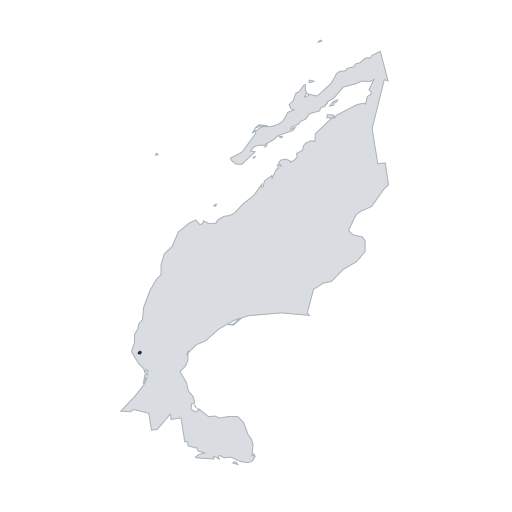 Santa María Ozolotepec, Oaxaca, Mexico (highlighted), rotated 81°
{"feature_id": "50627088B11851722089063", "entity_name": "Santa María Ozolotepec", "entity_type": "district", "adm_level": 2, "iso_a3": "MEX", "parent_name": "Mexico", "parent_adm1": "Oaxaca", "projection": "equal_earth", "projection_center": [-96.359, 16.098], "detail": "fine", "context": "in_parent", "style": "filled", "palette": "slate", "viewbox_px": 512, "rotation_deg": 81, "n_neighbors": 0, "source": "geoboundaries", "source_scale": "gbopen_adm2", "svg_char_len": 4249}
<svg xmlns="http://www.w3.org/2000/svg" viewBox="0 0 512 512"><g transform="rotate(81 256 256)"><path d="M73.3,101.2L103.6,98.2L101.9,101.7L148.3,121.4L183.9,121.3L184.3,113.8L206.4,114.0L210.0,119.3L225.0,133.9L228.4,146.2L231.1,150.9L245.4,160.6L250.1,157.0L253.8,147.9L258.3,145.9L268.7,147.5L277.3,157.6L282.9,172.1L292.9,185.4L293.4,193.8L297.8,204.3L320.1,214.2L323.0,212.6L316.2,239.8L313.8,272.6L314.8,279.7L320.7,289.2L319.4,294.3L319.7,289.1L314.9,281.1L316.4,288.5L322.3,304.1L331.9,319.0L334.1,328.3L340.8,337.8L338.9,337.6L342.8,339.9L341.6,338.5L348.7,339.7L353.8,343.0L358.3,349.2L370.2,344.5L379.0,343.8L384.9,340.1L391.0,339.4L392.3,340.8L391.8,342.7L396.9,344.0L400.3,341.0L399.3,336.1L397.7,337.3L398.1,336.3L407.2,328.1L407.7,321.5L410.3,317.6L410.3,306.9L411.9,298.9L418.8,294.2L431.1,291.8L436.4,289.1L442.4,288.5L452.4,291.2L453.2,289.5L450.6,289.4L453.9,288.2L458.0,291.7L458.8,296.4L456.9,302.8L450.6,312.6L450.4,319.1L447.3,323.1L447.9,324.6L450.8,324.1L447.8,328.1L447.8,329.8L449.9,329.3L446.2,345.8L445.2,347.3L443.0,343.5L442.5,337.3L439.6,343.7L436.6,344.2L433.0,352.7L428.7,352.6L428.4,355.4L404.2,355.4L404.2,365.4L398.7,365.4L412.0,380.8L411.7,386.5L394.6,386.5L388.5,400.7L390.2,404.3L388.1,413.8L375.6,397.6L365.6,386.8L359.5,382.7L358.8,383.7L364.5,387.4L355.7,384.1L356.3,381.5L354.0,382.6L352.5,380.3L350.9,382.8L353.9,384.0L349.4,384.6L345.0,388.2L331.1,394.0L322.2,389.4L314.6,388.3L309.5,384.1L304.5,382.3L301.3,378.2L289.0,374.9L273.7,366.3L263.8,358.3L259.6,352.8L249.3,351.0L239.6,346.3L233.5,337.4L220.1,328.9L213.2,317.1L210.9,309.9L216.3,306.5L215.5,303.4L213.1,302.4L216.8,297.0L217.3,290.5L214.5,288.2L211.8,281.7L211.9,275.8L210.2,270.5L202.5,260.6L195.8,248.7L185.4,238.4L188.4,240.3L188.7,238.1L183.1,235.9L179.1,227.8L182.0,228.1L173.9,222.6L172.8,220.0L169.6,220.9L169.2,219.7L171.6,216.6L167.5,219.0L165.2,216.7L164.9,211.4L168.0,206.7L169.0,207.6L167.1,202.8L164.6,199.8L161.1,199.9L158.9,193.4L154.7,192.0L152.3,189.3L150.7,183.6L152.0,180.0L144.5,178.2L132.1,160.3L131.6,156.1L129.7,154.8L122.3,132.7L121.9,126.1L123.0,123.9L115.9,121.1L114.4,117.5L112.1,116.3L109.4,118.4L100.0,111.8L101.5,116.0L99.8,124.2L101.6,130.8L102.8,143.3L112.2,154.4L115.0,161.9L116.6,161.6L117.2,163.8L118.7,164.1L119.8,169.0L122.6,170.4L123.8,180.6L128.7,185.8L130.2,191.6L132.5,193.4L134.0,200.3L136.0,202.0L135.0,196.9L137.8,199.8L140.7,215.6L143.8,220.1L147.8,231.5L147.0,236.4L147.8,240.7L151.4,244.9L152.9,240.6L163.3,255.7L162.2,261.2L157.8,265.4L155.4,265.9L151.2,253.5L134.7,237.0L133.1,237.2L129.9,232.0L129.3,228.5L130.6,220.8L129.4,213.5L127.0,208.3L119.0,201.9L117.6,195.7L116.0,198.4L111.7,199.6L108.8,195.4L101.3,191.0L100.3,187.4L94.8,182.2L94.4,180.4L100.3,181.4L103.8,179.8L103.7,181.5L106.6,183.2L105.7,179.0L104.3,178.8L107.6,170.4L97.2,154.7L88.3,147.8L86.8,144.4L87.1,138.6L84.9,136.7L84.5,130.2L81.8,127.4L81.6,123.5L77.9,117.4L77.4,114.6L78.8,112.6L76.1,110.2L73.3,101.2ZM131.6,160.6L130.4,164.6L127.5,163.2L129.0,157.2L130.8,156.6L131.6,160.6ZM119.5,159.8L115.4,155.4L114.5,150.9L116.6,152.4L117.0,154.9L119.2,155.5L119.5,159.8ZM456.9,311.3L455.8,310.0L456.3,308.1L459.1,306.5L456.9,311.3ZM129.8,237.1L126.9,232.9L129.1,224.3L128.3,232.0L129.8,237.1ZM92.9,176.5L90.6,175.9L92.4,171.4L93.3,174.7L92.9,176.5ZM54.7,161.6L52.9,158.7L53.4,157.5L54.1,157.5L54.7,161.6ZM132.4,237.3L134.2,240.6L130.4,237.3L132.4,237.3ZM200.5,288.3L200.0,289.8L199.1,289.2L198.7,286.8L200.5,288.3ZM149.1,228.5L149.7,231.1L147.8,227.8L149.1,228.5ZM142.2,211.3L143.3,212.4L141.6,214.8L142.2,211.3ZM141.1,339.0L140.3,339.3L139.1,338.2L140.2,336.8L141.1,339.0ZM395.2,339.5L393.1,340.1L396.8,338.6L395.2,339.5ZM158.9,243.4L157.8,243.1L157.8,240.6L158.9,243.4Z" fill="#d9dde1" stroke="#a8b0b8" stroke-width="1"/><path d="M332.9,384.7L332.6,384.9L332.6,385.0L332.5,385.3L332.4,385.5L332.2,385.7L332.2,385.8L332.2,386.0L332.3,386.0L332.5,386.0L332.8,386.1L332.8,386.3L332.9,386.5L333.2,386.7L333.1,386.8L333.0,387.0L333.3,387.3L333.5,387.3L333.6,387.2L333.8,387.2L334.0,387.2L334.1,386.9L334.1,386.7L333.9,386.3L334.0,386.2L333.8,386.2L334.0,385.5L334.0,385.4L333.9,385.4L333.7,385.3L333.7,385.2L333.4,385.0L333.4,384.9L333.2,384.8L333.2,384.7L332.9,384.7Z" fill="#64748b" stroke="#1e293b" stroke-width="1.5"/></g></svg>